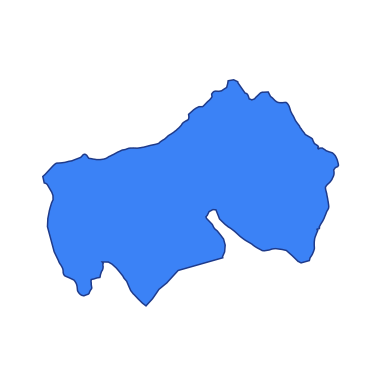 the district of Al Makhadir, Ibb, Yemen, rotated 75°
{"feature_id": "15242507B59993848545507", "entity_name": "Al Makhadir", "entity_type": "district", "adm_level": 2, "iso_a3": "YEM", "parent_name": "Yemen", "parent_adm1": "Ibb", "projection": "mercator", "projection_center": [44.207, 14.141], "detail": "fine", "context": "isolated", "style": "filled", "palette": "blue", "viewbox_px": 384, "rotation_deg": 75, "n_neighbors": 0, "source": "geoboundaries", "source_scale": "gbopen_adm2", "svg_char_len": 5319}
<svg xmlns="http://www.w3.org/2000/svg" viewBox="0 0 384 384"><g transform="rotate(75 192 192)"><path d="M97.3,119.3L94.4,122.7L93.9,128.3L96.6,129.5L100.0,131.5L100.9,134.4L101.9,137.3L101.7,140.0L100.6,143.3L100.6,144.7L101.2,146.1L102.5,147.7L105.2,148.0L106.5,149.5L107.7,151.3L108.8,153.6L111.9,158.7L112.3,159.6L111.7,162.1L111.4,163.2L112.1,166.6L113.1,169.3L113.9,170.8L114.0,171.0L116.1,175.2L118.9,175.6L120.9,176.6L121.7,178.4L121.5,178.5L121.7,179.4L122.2,180.9L122.7,182.5L123.6,183.9L124.8,185.1L125.7,186.5L126.7,188.1L127.5,189.8L128.3,191.2L128.9,192.8L129.6,194.3L130.1,195.8L130.6,197.3L131.0,198.8L131.5,200.4L132.4,202.0L132.8,202.8L132.9,203.0L133.2,203.5L133.9,205.0L134.3,206.7L134.9,208.4L135.5,210.0L136.4,211.5L136.5,213.1L136.5,214.9L136.4,216.7L136.3,218.3L136.2,220.1L136.2,221.7L136.2,223.6L136.2,225.5L136.2,227.1L136.0,228.7L135.9,230.3L135.7,232.0L135.5,233.6L135.0,235.1L134.4,237.1L134.0,238.7L133.6,240.3L133.4,241.7L133.5,243.5L133.7,245.1L133.6,246.9L133.4,248.5L133.7,250.1L134.0,251.7L134.2,253.3L134.6,254.9L135.0,256.5L135.4,258.1L135.7,259.9L136.1,261.5L136.3,263.1L136.9,264.8L137.3,266.5L137.4,268.7L137.2,270.3L137.0,272.0L136.5,274.0L136.0,275.8L135.3,277.3L134.6,279.0L133.7,280.7L133.0,282.4L132.7,283.0L131.7,283.4L130.5,283.8L129.3,284.2L128.1,285.2L127.7,286.0L127.7,286.6L127.8,287.4L128.3,288.2L128.7,288.7L129.0,289.3L129.8,290.6L129.8,290.8L130.5,297.5L130.8,300.1L130.5,303.0L130.5,307.0L130.0,310.8L129.5,313.4L129.1,315.2L129.2,316.1L129.8,317.7L130.6,319.1L130.9,319.7L137.1,329.5L138.4,332.1L145.0,332.4L145.8,331.0L147.2,329.9L150.5,329.0L156.0,327.5L159.4,327.2L163.5,328.2L166.1,330.4L170.3,333.0L173.1,334.6L180.3,338.1L188.1,340.6L207.0,340.6L214.0,340.6L223.5,338.8L225.3,338.6L227.0,338.2L227.5,338.0L228.5,337.6L230.1,337.2L231.7,336.8L233.3,336.7L234.9,336.9L236.5,337.3L238.1,337.3L239.8,336.8L240.9,335.6L242.0,334.2L243.0,332.9L244.2,331.5L245.3,330.2L246.4,328.9L247.9,328.2L249.6,327.7L251.2,327.4L252.9,327.4L254.6,327.6L256.2,327.9L257.8,328.1L259.4,327.7L260.9,327.1L262.3,326.2L263.4,325.0L263.8,324.2L264.3,323.3L264.1,321.6L263.8,318.5L263.2,317.6L262.0,316.8L260.4,315.3L259.4,314.0L258.6,313.6L255.4,313.3L254.6,313.1L254.0,312.9L252.3,312.7L250.5,312.0L250.5,310.3L250.6,309.5L250.4,306.0L250.7,303.1L249.9,302.6L248.3,301.9L246.9,301.0L245.4,300.0L244.2,298.7L242.8,297.8L241.2,297.2L239.5,297.0L238.0,296.4L237.9,296.3L237.7,296.5L237.3,296.5L237.0,296.6L236.6,296.7L236.4,296.8L236.7,295.6L238.0,290.9L241.0,287.9L245.8,284.8L250.5,282.6L255.1,280.6L257.6,280.0L261.3,278.2L266.3,277.5L271.4,276.7L275.4,275.0L275.9,274.6L281.5,271.6L286.6,268.6L290.1,265.9L289.3,264.7L284.9,257.8L280.5,252.6L277.5,249.2L274.5,242.6L273.3,239.9L272.1,238.1L264.2,225.7L264.0,212.1L263.8,199.2L263.5,179.3L262.3,179.2L258.3,176.0L251.9,173.7L245.6,173.7L241.6,175.3L236.1,177.7L235.0,178.5L233.4,179.6L231.8,180.2L230.6,180.4L228.6,180.8L221.3,184.8L219.6,185.0L218.5,183.3L215.4,180.6L214.4,176.4L215.4,173.5L223.1,172.6L225.1,172.4L226.5,171.6L227.9,170.8L229.4,169.9L230.9,169.0L232.3,168.1L232.9,167.6L233.7,167.0L235.1,166.0L236.3,164.8L237.8,163.5L239.1,162.5L240.4,161.5L242.0,160.4L243.4,159.5L246.1,157.8L247.5,156.9L248.8,155.9L250.3,154.7L251.6,153.7L252.9,152.5L254.0,151.4L255.2,150.2L256.5,148.9L258.0,147.5L259.5,146.5L260.4,145.7L260.8,145.4L262.1,144.2L263.3,143.0L264.4,141.8L265.5,140.6L266.7,139.4L266.8,139.3L267.5,137.4L268.0,132.4L267.8,129.6L268.0,127.7L268.4,125.7L270.9,119.7L272.9,116.0L279.4,111.7L286.5,107.5L286.5,107.4L288.7,105.0L288.6,96.4L286.3,95.1L285.6,94.4L284.5,93.1L283.2,91.8L281.9,90.8L280.6,89.8L278.5,88.5L277.0,88.1L275.4,87.8L273.5,87.3L271.8,86.8L270.3,86.2L268.8,85.6L267.3,84.7L265.7,83.5L264.4,82.6L263.0,81.5L261.7,80.5L261.2,80.6L260.8,80.8L260.7,81.0L260.4,80.9L260.2,80.7L260.4,79.4L260.4,78.8L260.1,78.4L259.7,78.1L259.4,78.1L258.9,78.3L257.7,77.2L256.4,76.0L255.2,74.7L254.0,73.4L252.7,72.2L251.3,71.0L250.0,70.1L248.6,69.0L247.1,67.9L245.6,66.8L244.3,65.4L243.0,64.3L241.6,63.7L240.0,63.4L238.3,63.2L236.6,63.0L235.0,62.9L233.4,62.7L231.7,62.6L229.9,62.5L228.3,62.3L226.6,62.3L225.0,62.3L223.4,62.2L221.8,61.8L220.7,60.6L219.8,59.3L219.0,57.7L218.1,56.1L217.1,54.8L216.1,53.6L214.8,52.6L213.6,51.5L212.1,50.5L210.5,49.9L209.0,49.6L207.3,49.4L205.5,47.1L205.2,44.7L204.1,43.6L202.2,43.4L200.4,43.4L198.7,43.4L197.1,43.6L195.4,43.9L193.9,44.3L192.1,45.2L190.6,46.2L189.7,47.5L188.8,49.0L187.8,50.4L186.8,51.8L185.4,52.8L184.2,54.0L183.3,54.7L182.7,57.0L183.1,58.7L182.8,59.0L182.2,59.1L181.8,59.0L181.6,58.7L181.2,58.2L179.7,58.6L179.3,59.1L178.1,60.1L176.9,61.2L174.1,61.8L171.8,62.0L170.7,62.8L165.8,67.7L165.6,67.8L164.0,68.3L162.4,69.0L160.8,69.7L159.1,70.2L157.8,70.9L156.2,71.1L154.6,71.7L153.2,72.3L151.4,73.0L149.7,73.6L148.1,73.9L146.3,74.2L144.5,74.6L142.9,75.1L141.0,75.5L139.4,75.8L137.8,75.8L136.1,75.9L134.4,76.0L132.7,76.4L131.1,77.0L129.8,78.0L129.4,79.7L129.2,81.4L128.8,82.9L128.3,84.5L127.5,86.1L126.4,87.2L125.1,88.2L123.5,89.1L121.9,90.0L120.5,91.1L119.8,91.5L115.1,92.5L114.2,96.8L113.8,98.4L114.0,100.1L114.7,101.5L115.6,103.1L116.4,104.6L117.2,106.1L118.2,107.4L118.4,109.3L118.5,110.5L117.6,111.4L117.0,112.6L115.4,112.7L113.7,112.8L112.2,113.1L111.1,113.7L110.1,115.2L108.6,115.7L98.7,119.3L97.3,119.3Z" fill="#3b82f6" stroke="#1e3a8a" stroke-width="1.5"/></g></svg>